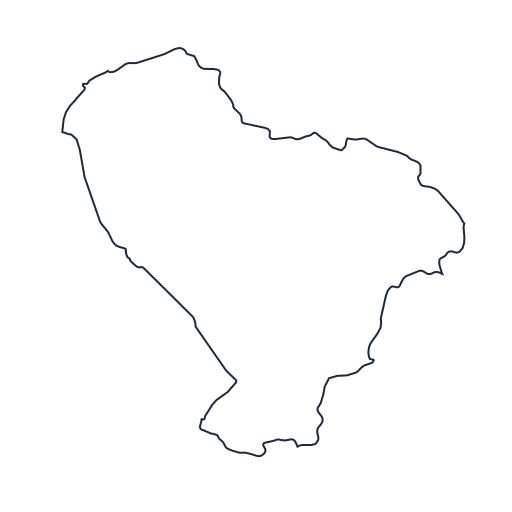 an SVG outline of Nord, rotated 186°
{"feature_id": "CMR-1483", "entity_name": "Nord", "entity_type": "Province", "adm_level": 1, "iso_a3": "CMR", "parent_name": "Cameroon", "parent_adm1": "", "projection": "orthographic", "projection_center": [13.766, 8.625], "detail": "fine", "context": "isolated", "style": "outline", "palette": "slate", "viewbox_px": 512, "rotation_deg": 186, "n_neighbors": 0, "source": "natural_earth", "source_scale": "10m", "svg_char_len": 3932}
<svg xmlns="http://www.w3.org/2000/svg" viewBox="0 0 512 512"><g transform="rotate(186 256 256)"><path d="M293.1,87.9L291.3,88.0L290.3,88.4L290.1,89.3L290.0,90.5L289.7,91.8L283.8,103.7L280.0,108.9L270.0,117.7L262.5,128.4L262.7,130.3L273.6,138.8L308.6,179.3L309.8,184.6L312.0,188.5L339.3,210.5L366.7,232.5L368.6,233.1L369.8,232.7L370.8,232.5L371.9,232.6L373.1,232.8L374.8,233.8L379.6,237.3L380.7,238.5L381.3,240.1L382.2,240.6L383.1,241.0L383.9,241.7L384.6,242.9L385.8,246.0L386.1,247.5L386.1,248.7L386.5,249.5L388.2,250.0L392.7,250.7L395.9,251.7L398.4,253.5L400.5,256.0L405.7,264.5L412.8,271.5L414.7,273.9L418.0,281.0L434.7,316.5L442.3,343.1L446.6,353.2L452.4,357.5L455.0,357.6L458.9,358.5L461.6,359.0L461.6,371.7L460.0,379.1L456.7,385.9L451.7,392.5L450.7,394.3L444.1,403.3L443.7,405.3L446.1,407.5L445.8,409.1L445.3,409.2L443.0,409.4L442.2,409.5L441.5,410.2L440.4,412.3L440.0,413.0L434.2,417.5L424.7,422.9L422.9,424.5L422.6,424.3L421.6,423.9L420.2,423.6L418.5,423.8L416.5,424.5L413.8,426.2L406.2,432.9L404.5,433.9L402.6,434.6L399.8,434.9L397.8,435.0L395.8,435.3L393.9,435.9L368.2,447.2L359.1,452.9L357.6,453.6L356.1,454.2L354.6,454.6L353.3,454.8L351.8,454.7L350.4,454.3L348.7,453.3L347.8,452.6L345.9,449.8L338.3,448.3L335.3,443.8L334.5,442.2L333.4,440.2L332.0,438.7L330.0,437.4L328.3,436.9L326.7,436.7L317.8,437.5L314.7,437.4L313.2,437.1L311.9,436.4L310.9,435.2L310.6,433.4L311.0,431.7L311.3,430.1L310.8,423.3L308.9,419.3L307.1,417.8L305.6,417.0L303.5,415.3L296.9,408.2L294.5,404.2L294.2,402.1L293.5,401.1L292.2,399.8L287.1,395.9L286.4,395.1L285.7,394.0L285.1,392.7L284.1,388.2L283.3,387.3L282.1,386.7L260.6,384.4L257.4,383.6L256.1,382.4L255.1,381.3L255.0,375.9L253.5,374.4L252.0,374.1L249.2,374.3L235.1,377.5L233.7,377.7L232.3,377.5L229.2,376.5L227.5,376.4L225.3,376.8L223.6,377.6L220.6,379.3L219.2,380.0L214.8,381.6L213.6,382.4L212.0,384.1L210.8,384.7L209.1,384.4L202.6,380.1L199.9,378.9L197.8,377.8L195.7,375.9L194.5,374.4L191.1,371.9L182.5,370.0L181.2,370.8L180.3,372.1L179.0,373.5L178.6,374.5L178.4,376.1L178.0,381.0L177.2,382.5L170.7,382.1L167.2,382.6L164.4,383.4L161.6,384.0L159.9,383.9L158.0,383.4L147.5,377.7L145.7,377.2L125.9,374.3L116.0,371.3L114.0,369.4L110.9,367.9L109.7,367.7L108.0,367.3L105.1,366.2L103.6,365.3L102.4,364.0L101.6,362.0L101.4,358.2L101.0,355.4L101.4,354.1L102.2,353.1L102.9,351.8L103.0,350.6L102.7,349.2L100.1,345.0L99.0,343.8L97.1,343.2L95.4,343.0L90.8,342.9L87.7,342.3L85.0,341.5L82.1,340.0L58.7,318.5L53.5,311.3L52.1,310.0L52.5,308.9L52.6,306.4L50.7,296.4L50.4,290.7L51.4,285.4L54.2,281.4L56.9,280.2L61.6,281.1L64.2,280.7L65.6,279.7L66.6,278.2L67.4,276.7L68.4,275.5L72.1,272.9L73.1,271.8L73.1,268.3L72.7,266.6L69.9,259.5L68.9,257.7L72.2,258.8L74.0,259.1L75.7,258.9L77.6,258.1L79.1,257.1L80.6,256.3L82.8,256.1L84.4,256.5L88.4,258.4L90.2,258.7L92.1,258.3L104.7,251.6L106.9,249.2L108.7,245.2L109.8,241.7L110.7,240.3L112.1,239.6L113.8,239.7L115.4,240.0L116.9,240.0L118.6,239.3L121.2,235.6L122.6,230.3L125.4,206.9L124.5,202.4L124.7,197.3L127.2,191.4L132.9,181.2L133.6,179.1L134.1,176.8L134.2,171.9L133.3,168.1L132.1,165.6L128.6,165.1L128.0,164.7L128.9,162.4L129.7,161.8L136.9,158.4L137.9,157.7L139.3,156.3L142.8,151.8L144.5,150.5L153.0,146.8L162.6,145.3L170.6,142.1L174.0,133.3L174.6,125.3L176.2,116.9L177.4,113.9L178.6,111.9L178.9,109.9L177.6,107.1L174.0,103.4L172.8,101.4L172.6,98.6L173.5,96.0L176.4,91.5L176.9,88.5L176.4,86.2L175.0,82.1L174.9,79.6L177.1,75.4L181.2,73.8L190.8,72.8L193.1,71.8L194.8,70.7L195.2,71.6L197.7,75.7L198.8,76.7L200.3,77.4L201.8,77.4L207.7,75.6L212.2,75.6L214.6,76.0L216.4,75.4L219.3,74.0L227.1,71.4L228.7,70.5L229.2,69.3L228.7,67.9L226.8,65.2L226.3,63.9L226.3,62.5L226.9,61.0L228.0,59.6L230.0,57.9L231.8,57.3L233.6,57.2L241.4,58.7L246.1,59.3L251.2,58.7L253.7,58.9L260.3,60.2L264.3,61.5L266.0,62.6L269.0,67.1L269.5,67.6L273.4,70.4L275.9,73.8L279.6,74.7L281.5,74.6L292.8,78.0L294.0,79.9L292.9,87.5L293.1,87.8L293.1,87.9Z" fill="none" stroke="#1e293b" stroke-width="2"/></g></svg>